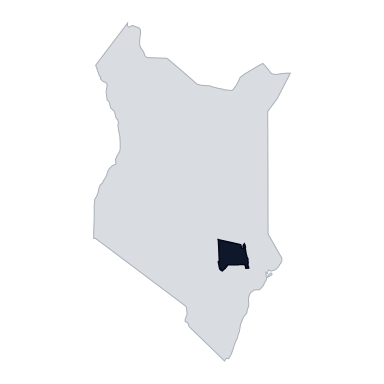 location of Galole, Coast, Kenya
{"feature_id": "3690345B71380805916784", "entity_name": "Galole", "entity_type": "district", "adm_level": 2, "iso_a3": "KEN", "parent_name": "Kenya", "parent_adm1": "Coast", "projection": "equal_earth", "projection_center": [39.8, -1.506], "detail": "fine", "context": "in_parent", "style": "filled", "palette": "ink", "viewbox_px": 384, "rotation_deg": 0, "n_neighbors": 0, "source": "geoboundaries", "source_scale": "gbopen_adm2", "svg_char_len": 5529}
<svg xmlns="http://www.w3.org/2000/svg" viewBox="0 0 384 384"><path d="M93.7,238.5L93.7,232.9L94.2,218.5L94.2,205.8L94.7,199.5L97.0,195.5L98.1,192.6L98.9,188.5L100.1,185.2L102.8,182.5L103.3,181.0L106.2,176.5L108.0,170.7L109.3,168.7L111.0,166.9L112.1,165.9L114.0,164.9L115.5,164.4L115.8,163.9L115.9,163.0L115.4,159.4L116.1,158.2L117.1,155.8L118.3,153.6L119.3,152.2L119.9,150.7L120.2,148.2L120.2,146.4L120.2,143.4L119.9,136.8L118.7,131.2L117.9,125.0L118.5,122.9L117.5,119.3L117.0,119.1L116.2,118.3L115.2,114.8L114.5,111.7L114.0,110.9L110.7,108.2L109.1,101.7L107.2,100.2L106.3,93.8L106.1,92.0L107.1,85.6L107.0,84.1L105.9,82.7L102.8,81.3L100.3,78.7L100.6,77.8L100.8,76.8L99.5,76.2L95.7,65.2L100.7,58.6L105.7,51.9L112.1,43.5L118.0,35.7L123.1,29.0L127.6,23.0L127.5,24.2L127.5,25.7L128.1,26.6L129.0,27.3L130.3,26.6L131.4,25.7L132.5,25.5L139.3,28.0L140.5,30.1L140.4,32.5L140.7,34.1L140.1,35.9L139.6,41.0L139.7,45.7L141.7,49.2L143.6,51.9L145.0,55.8L146.1,57.0L147.5,57.6L152.2,57.8L159.1,58.0L165.8,58.2L166.4,58.3L167.8,58.9L173.9,64.1L179.5,68.8L184.3,73.0L188.9,77.0L193.4,80.9L196.9,84.1L200.3,85.1L205.8,85.6L209.7,85.8L213.3,87.1L218.6,88.4L222.5,89.1L224.9,89.8L231.5,90.5L232.6,90.1L235.5,86.5L238.8,80.6L240.1,77.4L244.3,74.2L251.8,69.8L257.0,66.6L262.8,63.4L265.5,66.2L269.1,70.6L270.7,72.8L272.0,73.7L274.0,74.4L276.4,74.4L277.8,74.3L280.5,73.7L286.7,73.2L290.3,73.2L287.3,79.1L283.7,86.1L277.0,99.0L271.9,105.8L268.1,110.9L267.7,111.8L267.7,117.5L267.8,131.5L267.9,159.5L268.0,187.5L268.0,215.5L268.1,229.4L268.1,234.1L271.5,240.0L274.8,245.8L279.1,253.4L281.5,257.5L281.9,258.8L281.7,261.5L278.1,267.2L275.2,269.8L271.2,271.1L270.1,270.8L268.5,270.0L267.9,271.4L267.4,273.5L266.6,273.1L265.9,272.4L266.3,276.2L266.7,278.1L266.1,280.6L264.2,282.8L264.0,284.7L259.8,289.6L253.9,290.1L250.8,292.5L249.5,294.5L248.4,298.8L248.8,305.5L247.1,310.6L246.8,313.1L243.8,316.5L242.4,319.5L241.4,322.6L240.5,324.0L239.5,330.9L238.1,335.1L237.7,336.5L237.4,337.8L236.3,340.3L235.6,342.0L235.0,343.1L231.4,353.9L228.6,358.7L226.4,358.2L225.0,360.1L224.8,361.0L224.0,360.5L222.2,358.7L218.4,355.0L214.6,351.3L210.9,347.7L207.1,344.0L203.3,340.4L199.5,336.7L195.7,333.0L192.0,329.4L189.7,327.2L188.8,325.9L188.0,323.4L187.6,322.8L186.6,322.0L185.4,321.8L185.1,321.3L185.1,320.1L185.5,318.3L186.9,315.0L187.0,313.0L186.8,310.8L186.3,307.2L185.9,306.3L183.4,304.5L178.2,300.5L172.9,296.6L167.7,292.6L162.4,288.7L157.2,284.7L151.9,280.8L146.7,276.8L141.4,272.9L136.2,268.9L130.9,265.0L125.6,261.0L120.4,257.1L115.1,253.1L109.9,249.2L104.6,245.2L99.4,241.3L97.4,239.8L95.6,238.5L93.7,238.5ZM268.5,276.9L267.6,277.2L268.0,275.3L270.7,272.9L271.8,273.4L272.0,274.0L272.0,274.5L271.5,275.0L268.5,276.9Z" fill="#d9dde1" stroke="#a8b0b8" stroke-width="1"/><path d="M218.2,239.6L218.4,240.2L218.4,240.3L218.4,240.8L218.4,241.0L218.6,244.1L219.3,260.2L219.3,261.0L219.2,261.1L219.1,261.3L218.9,261.3L218.7,261.4L218.6,261.5L218.4,261.6L218.3,261.8L219.5,267.9L219.7,268.8L219.8,268.8L219.9,269.0L220.0,269.1L220.2,269.3L220.3,269.3L220.4,269.5L220.5,269.5L220.7,269.8L220.8,269.9L220.8,270.0L221.0,270.1L221.3,270.2L221.4,270.3L221.5,270.4L221.7,270.5L221.8,270.5L222.2,270.9L223.6,269.7L224.8,268.6L225.0,268.5L225.0,268.4L225.3,268.3L225.3,268.2L225.4,267.9L225.5,267.8L225.5,267.7L225.4,267.4L225.5,267.4L225.8,267.3L225.8,267.2L226.0,267.1L226.3,266.9L226.4,266.7L226.5,266.6L226.6,266.4L226.7,266.2L226.8,266.1L226.9,265.9L227.0,265.9L227.2,265.5L227.2,265.4L227.3,265.4L227.3,265.2L227.5,264.9L227.6,264.7L228.7,264.7L229.3,264.8L230.0,264.8L234.3,264.8L236.6,264.8L238.1,264.8L238.2,264.5L240.4,264.5L242.6,264.5L244.9,264.7L244.9,264.8L245.0,265.0L245.2,265.5L245.4,265.9L245.5,266.3L245.5,266.6L245.6,266.9L245.6,267.3L245.7,267.7L245.7,268.1L245.8,268.2L246.8,268.2L248.0,268.1L248.6,268.1L248.6,267.9L248.6,267.5L248.6,267.4L248.6,267.2L248.5,266.9L248.4,266.7L248.3,266.4L248.2,266.2L248.0,265.9L248.0,265.7L248.0,265.3L248.0,265.1L247.9,264.7L247.9,264.3L247.9,263.9L247.9,263.7L248.0,263.4L248.0,263.2L248.1,262.8L248.2,262.7L248.2,262.4L248.1,262.2L247.9,261.9L247.9,261.7L247.9,261.4L247.9,261.2L247.9,260.8L247.9,260.6L247.9,260.2L247.9,259.9L247.9,259.7L247.9,259.3L247.8,259.0L247.8,258.8L247.8,258.7L247.7,258.4L247.6,258.2L247.5,257.9L247.4,257.8L247.3,257.7L247.2,257.5L247.1,257.4L247.0,257.2L246.9,257.0L246.9,256.9L246.8,256.7L246.7,256.5L246.7,256.3L246.7,256.1L246.6,255.8L246.6,255.4L246.5,255.2L246.4,255.0L246.3,254.8L246.3,254.7L246.2,254.6L246.2,254.4L246.1,254.2L246.1,253.9L246.1,253.7L246.1,253.3L246.0,253.1L245.9,252.6L245.9,252.4L245.8,252.0L245.7,251.4L245.6,250.7L245.5,250.2L245.5,249.9L245.5,249.7L245.4,249.6L245.4,249.3L245.3,249.2L245.2,249.1L245.2,248.9L245.2,248.7L245.2,248.4L245.2,248.2L245.3,248.0L245.3,247.6L245.4,247.3L245.4,247.1L245.4,246.9L245.4,246.7L245.2,246.3L245.2,246.0L245.1,245.8L245.1,245.7L245.0,245.4L245.0,245.2L244.9,245.1L244.9,244.9L244.6,244.4L244.4,244.1L244.3,243.9L244.0,244.4L243.9,244.5L243.7,244.7L243.5,244.9L243.4,245.0L243.5,245.3L243.4,245.3L243.3,245.5L243.2,245.7L243.1,245.8L243.1,246.0L243.1,246.3L243.1,246.5L243.2,246.8L243.3,246.9L243.3,247.0L243.3,247.3L243.4,247.5L243.5,247.5L243.5,247.8L243.6,248.0L243.7,248.3L243.7,248.5L243.1,248.5L242.8,248.5L242.5,248.5L241.6,248.5L241.6,248.4L241.6,248.1L241.5,247.9L241.5,247.7L241.5,247.4L241.4,247.3L241.3,246.8L241.2,246.8L241.2,246.6L241.2,246.4L241.1,246.2L240.9,245.5L240.8,245.4L240.7,245.1L240.6,244.7L233.3,243.0L220.5,240.2L218.7,239.7L218.2,239.6Z" fill="#0f172a" stroke="#020617" stroke-width="1.5"/></svg>